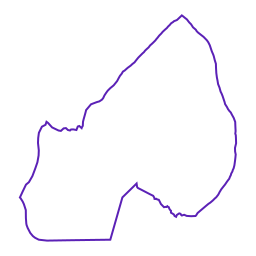 Kurmi, Taraba, Nigeria
{"feature_id": "59680162B29995960925404", "entity_name": "Kurmi", "entity_type": "district", "adm_level": 2, "iso_a3": "NGA", "parent_name": "Nigeria", "parent_adm1": "Taraba", "projection": "robinson", "projection_center": [10.665, 7.257], "detail": "fine", "context": "isolated", "style": "outline", "palette": "violet", "viewbox_px": 256, "rotation_deg": 0, "n_neighbors": 0, "source": "geoboundaries", "source_scale": "gbopen_adm2", "svg_char_len": 2758}
<svg xmlns="http://www.w3.org/2000/svg" viewBox="0 0 256 256"><path d="M46.5,121.8L45.5,124.8L41.9,126.7L38.9,132.8L38.2,138.0L38.0,142.9L38.8,150.4L38.6,155.5L37.4,162.3L35.4,168.1L34.7,170.0L32.4,176.1L28.9,182.2L26.0,184.6L22.4,192.1L21.5,194.1L21.1,194.9L19.9,197.5L20.5,198.1L22.7,201.6L23.9,204.2L25.8,210.1L25.9,218.0L26.3,223.5L26.6,225.1L27.7,228.0L30.3,233.0L32.9,236.1L35.1,237.8L38.8,239.7L47.0,240.6L72.5,240.2L110.3,239.7L122.4,197.4L135.2,184.9L136.6,183.5L137.1,187.0L137.9,188.0L140.5,189.3L150.1,194.3L153.2,195.8L154.3,197.7L154.5,198.9L155.5,199.0L156.4,198.8L157.3,199.5L158.8,199.8L159.9,201.9L160.9,204.0L164.0,207.2L165.3,206.9L166.4,207.0L167.3,206.2L168.0,206.9L168.7,207.1L169.3,208.6L169.9,209.7L171.0,210.8L170.9,212.0L171.0,212.7L172.7,213.7L173.9,214.5L174.6,216.0L176.1,216.8L176.8,215.0L179.2,213.4L180.5,213.8L181.2,215.0L181.9,215.5L183.3,215.0L184.2,214.8L186.7,215.9L191.1,216.2L195.5,216.0L196.1,215.4L197.6,213.0L206.1,205.8L208.5,203.8L210.2,202.7L212.8,200.5L214.9,198.4L216.2,197.3L218.3,194.6L219.9,191.5L220.2,191.1L221.2,189.4L223.7,186.2L225.0,184.6L227.1,181.5L228.3,179.9L229.2,178.8L230.0,176.7L230.8,175.2L231.2,173.6L232.4,171.5L232.8,170.0L233.6,168.4L234.4,165.3L234.7,163.2L235.1,160.2L235.4,157.6L235.7,154.5L235.1,151.5L235.0,147.9L236.1,143.3L236.0,139.7L235.9,137.2L235.8,135.6L235.8,135.2L235.3,133.7L235.6,131.1L235.4,127.0L235.3,124.5L235.2,121.9L233.7,117.9L231.8,114.5L230.8,112.5L229.4,111.0L228.0,109.1L227.0,107.1L225.1,104.1L224.6,102.1L223.6,99.1L222.6,96.1L221.6,93.6L220.6,91.6L219.5,87.6L218.1,84.1L217.8,82.3L217.5,80.5L216.9,77.5L216.3,73.0L216.2,70.9L216.1,69.4L216.0,67.4L215.9,63.8L214.8,60.3L213.8,56.3L213.3,54.8L211.8,51.3L210.8,48.3L209.8,45.3L208.3,42.3L206.9,40.3L203.6,36.9L198.1,32.6L196.7,31.2L195.8,29.7L193.0,27.3L191.1,24.3L189.2,22.4L186.9,19.4L185.1,18.0L182.8,16.1L181.8,15.4L181.0,16.2L177.1,19.9L175.8,20.5L174.1,21.1L173.1,22.0L171.1,23.3L169.8,24.9L168.1,26.5L166.8,28.1L165.5,29.2L164.3,30.3L162.6,31.9L161.3,33.5L159.2,35.6L157.5,37.8L156.2,39.3L155.4,40.4L153.2,42.6L151.5,44.2L150.2,45.3L148.6,47.4L146.8,49.0L145.1,50.6L143.9,52.2L142.6,53.3L140.9,55.0L140.5,55.4L138.3,57.6L136.2,60.2L134.5,62.4L132.4,64.0L130.7,65.6L127.7,67.8L125.9,69.4L124.7,70.5L122.9,71.6L121.7,73.7L120.0,75.8L118.8,77.9L117.1,81.1L115.4,83.2L113.7,85.3L112.4,86.4L110.3,88.1L107.7,90.7L106.1,92.9L104.4,95.5L103.2,98.1L101.9,99.7L99.3,101.4L96.8,102.1L93.1,103.5L91.0,104.3L86.1,110.1L85.7,111.8L85.0,114.4L83.7,119.0L83.0,121.8L82.8,125.8L82.0,127.2L81.7,127.8L81.6,128.1L79.3,126.0L77.8,126.5L76.4,130.0L73.2,129.4L71.0,129.5L70.0,130.5L67.9,130.0L65.9,128.1L63.6,128.4L60.9,130.9L58.5,130.5L52.1,127.4L48.1,123.0L46.5,121.8Z" fill="none" stroke="#5b21b6" stroke-width="2"/></svg>